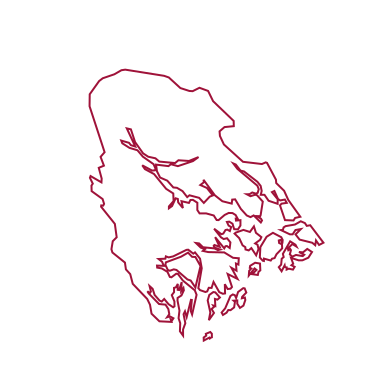 the border of Hordaland, rotated 245°
{"feature_id": "NOR-913", "entity_name": "Hordaland", "entity_type": "County", "adm_level": 1, "iso_a3": "NOR", "parent_name": "Norway", "parent_adm1": "", "projection": "robinson", "projection_center": [5.687, 60.257], "detail": "fine", "context": "isolated", "style": "outline", "palette": "rose", "viewbox_px": 384, "rotation_deg": 245, "n_neighbors": 0, "source": "natural_earth", "source_scale": "10m", "svg_char_len": 6021}
<svg xmlns="http://www.w3.org/2000/svg" viewBox="0 0 384 384"><g transform="rotate(245 192 192)"><path d="M123.8,279.7L124.9,274.5L123.3,272.0L127.2,264.4L142.7,266.1L143.6,268.2L142.1,273.3L145.9,273.0L147.1,268.4L149.3,267.0L158.1,267.1L158.1,264.4L149.2,266.6L145.1,264.6L151.7,257.7L158.8,256.5L160.4,253.1L163.5,255.6L168.5,256.8L173.6,255.6L188.7,247.8L190.9,245.0L198.4,243.3L200.4,241.5L193.8,242.9L170.1,253.9L166.4,253.7L163.5,251.2L163.5,249.2L166.1,246.4L165.7,243.2L166.8,240.7L163.5,243.2L162.8,248.2L161.5,249.6L153.4,252.1L142.0,244.4L141.3,243.6L142.7,240.7L138.7,243.2L136.6,243.4L135.3,241.5L144.7,238.0L144.5,234.4L147.6,231.7L156.1,229.1L167.1,228.0L168.1,225.2L164.7,223.1L170.8,215.6L179.4,211.3L198.2,207.6L195.8,206.9L194.8,202.5L189.4,207.2L180.1,209.4L180.3,206.1L177.1,198.1L183.7,196.0L190.1,188.3L189.4,185.5L196.8,183.8L202.2,180.1L204.0,177.0L212.7,174.4L218.6,169.2L225.6,169.0L232.0,171.0L225.4,181.6L226.1,184.6L221.4,190.1L219.6,205.9L220.9,212.7L221.4,202.4L226.5,193.1L225.4,188.9L233.4,175.2L238.0,173.1L242.5,167.2L247.7,164.0L261.3,161.5L274.6,163.1L277.2,159.8L257.2,159.8L260.3,156.4L263.2,155.7L268.5,149.6L265.6,149.4L258.4,154.0L252.9,160.2L244.8,162.4L233.5,168.9L228.6,168.8L227.3,167.6L228.3,164.9L237.2,158.2L232.6,159.0L224.3,165.2L205.8,169.9L198.6,174.4L191.6,171.5L188.7,165.0L187.0,164.2L187.7,168.0L193.2,174.5L191.7,176.2L188.4,175.1L181.3,177.0L188.1,178.6L183.4,184.6L185.4,187.2L184.5,189.5L180.0,192.3L173.4,189.2L169.4,189.8L166.7,195.7L161.5,201.8L156.2,202.5L155.3,204.2L157.4,211.9L157.5,216.4L155.8,219.8L152.7,221.8L148.7,222.1L149.4,220.4L147.5,219.8L146.0,224.0L141.1,221.7L138.7,217.8L140.5,214.5L146.1,215.3L149.4,213.2L150.1,211.0L146.1,211.0L143.7,212.7L140.6,209.8L143.0,208.1L143.4,206.3L141.1,202.8L141.3,200.8L149.4,196.5L138.7,199.1L136.0,200.8L135.3,204.2L130.1,205.5L125.3,202.5L128.3,200.8L128.7,199.4L127.3,197.4L141.3,193.9L130.6,193.9L134.5,189.9L134.0,188.9L132.2,188.9L128.0,193.1L128.4,190.9L131.4,188.5L137.3,178.6L142.4,176.7L144.1,174.0L137.9,176.4L134.7,179.5L134.0,177.0L130.7,181.3L123.6,195.7L115.0,201.4L112.2,206.4L106.6,203.4L108.6,201.6L101.9,199.1L106.6,195.7L94.0,196.5L102.6,189.7L89.0,188.1L88.1,186.1L89.0,183.3L94.6,182.8L86.1,179.1L86.7,177.0L89.7,174.4L101.4,173.5L96.8,169.2L98.1,166.7L95.5,163.8L95.7,161.9L99.7,157.8L102.2,157.1L118.8,168.6L128.2,171.1L136.0,169.2L135.6,167.1L141.3,164.2L141.9,162.5L141.6,147.7L142.6,143.2L144.7,141.1L142.8,139.7L145.4,133.4L141.4,135.4L137.0,135.2L140.1,129.2L138.2,128.5L135.5,132.3L130.0,136.0L124.4,136.0L123.4,137.3L124.6,143.2L123.7,144.6L115.6,146.3L101.7,153.0L96.9,152.7L80.9,140.3L84.6,140.6L94.2,146.2L94.7,145.5L80.9,134.3L86.8,135.2L84.8,132.7L75.9,130.5L71.2,125.8L65.6,123.2L70.9,122.2L78.1,125.9L83.3,126.5L89.8,130.5L99.8,133.0L102.1,134.2L102.7,138.7L106.4,143.1L108.7,143.7L106.7,140.3L114.7,144.6L108.6,138.9L109.4,137.7L114.7,140.3L112.4,137.1L112.7,135.2L108.8,133.4L107.1,130.1L100.2,129.8L95.8,127.8L95.5,126.2L100.3,123.3L106.8,121.6L105.5,118.3L107.3,116.7L114.5,114.6L120.9,115.4L124.7,113.8L119.2,112.7L118.3,111.3L120.8,109.6L118.4,109.9L104.4,114.8L101.1,120.4L95.9,121.1L90.9,119.8L89.0,116.5L88.6,119.4L85.4,121.8L84.2,119.9L85.6,118.9L82.9,118.6L88.6,107.8L98.8,103.9L107.6,106.3L114.0,106.2L133.8,99.5L143.7,101.3L149.8,99.4L156.4,101.4L170.8,94.3L174.2,94.8L180.9,99.4L182.8,104.6L195.7,108.6L217.1,103.4L218.2,104.1L217.2,105.8L218.4,107.3L223.4,108.0L235.2,101.4L240.3,103.6L241.5,105.6L248.0,105.5L249.3,106.8L239.0,114.0L242.3,115.8L253.3,117.7L253.1,123.3L262.5,124.0L265.0,129.6L313.0,135.4L323.8,140.6L331.8,154.7L332.8,159.2L331.5,171.4L332.2,179.5L331.1,183.2L309.1,215.8L305.6,219.4L291.1,225.4L284.7,232.3L283.1,235.2L283.3,242.8L276.8,249.3L265.4,249.5L238.8,259.8L234.0,257.7L237.1,248.9L235.3,242.6L231.0,241.0L221.6,241.0L197.8,251.0L187.8,267.2L187.7,271.3L186.7,272.3L167.7,273.3L164.5,272.1L154.2,276.0L144.2,275.9L123.8,279.7ZM139.3,138.6L138.0,154.7L138.7,162.8L133.2,164.7L131.7,167.6L121.3,168.4L104.0,154.7L112.3,153.4L114.7,150.9L127.9,145.0L129.6,142.8L130.0,138.6L131.6,137.1L137.2,137.1L139.3,138.6ZM90.5,289.7L90.3,284.8L95.7,283.9L91.7,281.2L95.2,279.5L103.4,269.4L109.8,267.9L112.4,275.0L113.8,269.7L111.1,265.3L112.3,262.8L119.9,256.5L119.2,258.3L121.2,260.1L121.5,262.4L119.0,271.6L119.5,278.2L116.1,281.2L112.8,281.7L111.9,285.1L90.5,289.7ZM119.9,240.7L120.8,248.1L113.3,253.8L110.2,253.9L107.1,252.1L111.1,252.2L111.4,250.2L109.0,249.4L106.5,251.4L102.8,249.9L99.9,242.3L97.2,238.9L97.7,236.3L96.6,234.4L101.2,229.1L99.1,228.0L99.8,227.1L104.0,225.8L113.2,230.7L119.9,240.7ZM130.2,215.3L136.3,213.0L136.7,214.5L135.9,222.6L131.3,227.6L134.7,233.6L128.0,232.7L121.8,235.8L119.9,233.6L118.7,227.5L116.5,229.1L112.2,228.2L107.5,223.4L116.1,222.1L115.1,218.7L117.3,216.2L119.5,217.0L122.3,215.3L130.2,215.3ZM97.5,248.2L105.8,260.1L100.5,263.5L98.4,263.6L102.4,261.0L100.3,255.0L98.5,254.7L98.8,256.9L97.5,257.1L94.1,254.3L91.0,255.6L91.0,259.6L87.1,265.3L87.7,267.2L92.4,263.6L90.4,267.1L91.7,272.4L86.9,275.4L83.3,269.7L83.4,263.3L84.9,259.9L90.4,253.9L84.2,253.4L83.6,251.2L80.8,253.4L79.0,250.7L81.6,247.3L81.7,245.0L83.6,246.0L84.6,244.5L86.4,245.0L82.3,239.7L87.2,238.9L88.5,242.1L93.6,245.1L94.3,247.6L97.5,248.2ZM83.2,197.8L82.4,199.0L77.9,198.7L75.8,193.2L74.6,192.3L74.0,195.3L71.6,194.7L67.3,190.6L66.7,186.5L71.6,185.8L74.6,187.2L75.9,183.8L74.3,184.5L69.6,181.4L68.6,177.0L69.7,175.0L68.0,172.3L67.5,168.1L70.2,167.9L72.6,173.0L81.5,182.9L81.9,185.7L80.4,187.2L77.3,187.2L81.9,191.5L83.2,197.8ZM73.1,160.8L68.7,153.1L75.1,157.7L87.1,160.4L91.4,164.2L92.3,169.0L91.2,170.7L84.6,172.7L83.7,169.5L85.4,167.6L78.7,164.9L80.1,163.3L78.6,163.5L77.7,160.3L73.1,160.8ZM100.5,213.5L101.2,219.3L98.4,223.4L92.1,220.8L91.5,218.5L89.0,216.6L92.1,211.8L94.1,217.5L96.3,216.4L92.3,208.2L96.4,210.5L97.6,213.4L98.8,212.3L100.5,213.5ZM57.6,144.6L57.4,149.4L55.2,150.1L51.2,148.3L52.1,148.4L51.7,146.2L52.7,146.2L52.4,139.9L55.2,141.1L55.8,144.2L57.6,144.6Z" fill="none" stroke="#9f1239" stroke-width="2"/></g></svg>